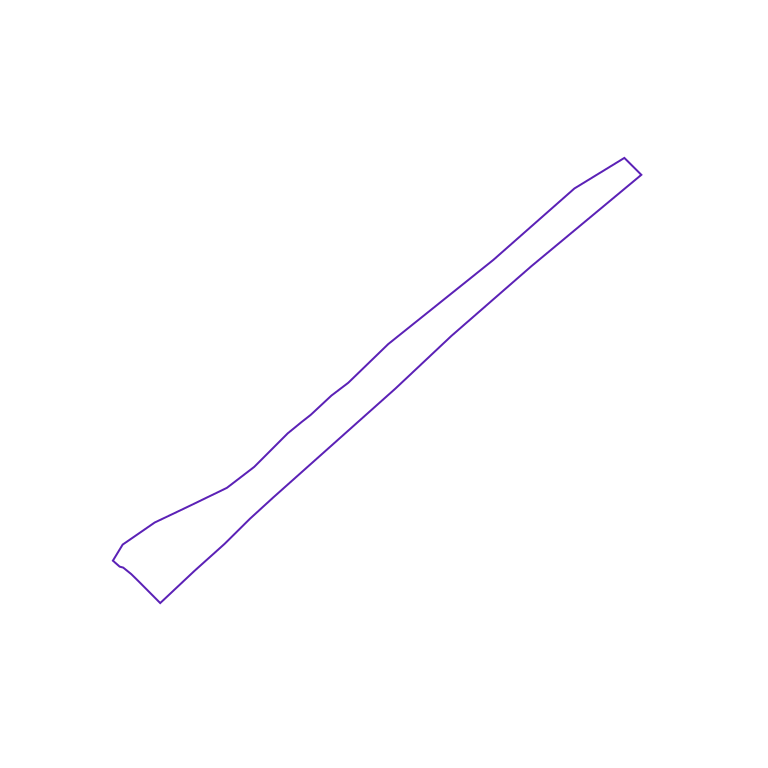 outline of Teone, Tuvalu, rotated 67°
{"feature_id": "33948139B32813308345680", "entity_name": "Teone", "entity_type": "district", "adm_level": 2, "iso_a3": "TUV", "parent_name": "Tuvalu", "parent_adm1": "", "projection": "natural_earth1", "projection_center": [179.198, -8.507], "detail": "fine", "context": "isolated", "style": "outline", "palette": "violet", "viewbox_px": 768, "rotation_deg": 67, "n_neighbors": 0, "source": "geoboundaries", "source_scale": "gbopen_adm2", "svg_char_len": 546}
<svg xmlns="http://www.w3.org/2000/svg" viewBox="0 0 768 768"><g transform="rotate(67 384 384)"><path d="M269.8,74.4L278.4,132.3L312.5,234.9L329.8,296.5L348.9,364.5L368.9,416.4L374.1,436.9L383.8,463.6L386.7,474.4L391.8,491.9L409.6,535.9L418.2,569.2L420.3,611.7L421.9,649.2L429.7,687.3L440.7,702.6L448.8,698.7L451.1,695.8L460.1,691.0L469.5,687.1L498.2,675.6L482.0,631.6L468.9,593.3L455.6,559.9L445.2,530.4L417.2,447.7L392.6,375.1L366.0,303.0L360.2,285.2L333.1,202.2L292.0,65.4L269.8,74.4Z" fill="none" stroke="#5b21b6" stroke-width="2"/></g></svg>